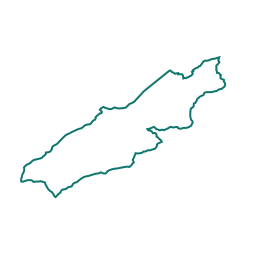 the district of Teresina de Goiás, Goiás, Brazil, rotated 228°
{"feature_id": "56859067B93645483356957", "entity_name": "Teresina de Goiás", "entity_type": "district", "adm_level": 2, "iso_a3": "BRA", "parent_name": "Brazil", "parent_adm1": "Goiás", "projection": "robinson", "projection_center": [-47.245, -13.693], "detail": "fine", "context": "isolated", "style": "outline", "palette": "teal", "viewbox_px": 256, "rotation_deg": 228, "n_neighbors": 0, "source": "geoboundaries", "source_scale": "gbopen_adm2", "svg_char_len": 3466}
<svg xmlns="http://www.w3.org/2000/svg" viewBox="0 0 256 256"><g transform="rotate(228 128 128)"><path d="M142.9,197.0L144.7,164.4L144.4,161.3L143.4,150.5L143.6,148.9L144.0,147.5L144.9,144.9L144.7,142.4L144.7,139.8L145.6,138.5L146.3,137.2L147.4,135.9L148.4,134.5L150.0,133.2L152.4,131.6L152.9,129.4L153.5,127.8L154.7,126.7L156.7,125.5L158.0,124.6L160.0,123.9L160.6,121.7L160.6,120.5L160.3,119.2L158.8,119.5L157.5,119.4L156.8,118.2L157.6,117.0L157.8,114.3L157.8,112.5L157.7,111.0L156.8,110.5L156.3,109.3L156.6,107.9L156.8,106.6L156.6,105.3L156.1,103.5L156.2,102.1L157.1,101.1L158.3,99.2L158.8,97.5L158.8,94.7L159.1,93.0L160.2,90.9L160.7,89.5L161.2,88.0L162.1,85.1L162.7,83.2L163.1,81.2L164.4,77.0L164.1,70.6L164.0,69.1L163.9,67.6L163.7,66.4L163.7,64.5L163.9,63.2L164.7,60.5L164.4,58.6L163.3,57.4L162.6,55.0L162.8,53.4L164.7,50.6L163.7,49.6L163.5,47.6L163.7,45.5L163.5,44.2L164.0,42.5L164.8,41.1L167.2,36.7L167.5,35.1L167.4,32.5L167.5,31.3L167.9,30.0L168.4,28.5L168.5,27.0L168.3,24.4L166.1,22.7L165.2,21.4L164.0,18.2L161.0,13.8L159.6,12.9L158.6,13.7L157.7,15.5L156.6,18.2L154.3,20.9L152.7,21.7L151.2,21.7L149.9,23.6L148.3,25.4L146.8,27.6L143.9,29.3L142.9,29.8L141.4,29.0L136.5,27.8L134.3,27.9L133.2,27.9L131.7,28.5L129.3,28.4L127.8,27.9L126.4,27.7L125.1,28.0L125.3,30.7L125.5,32.3L125.2,34.5L126.0,35.9L126.2,37.8L124.2,41.1L124.1,43.1L123.6,44.8L122.7,46.1L122.4,47.4L123.2,49.6L123.1,51.6L122.0,53.6L121.9,56.1L121.8,58.5L121.4,61.0L121.0,62.7L119.8,65.0L118.7,66.8L115.9,73.0L113.9,75.9L113.2,78.2L111.8,78.8L110.1,79.8L109.3,80.7L109.2,82.1L109.6,83.5L109.2,85.8L108.1,88.2L106.7,90.8L104.7,93.6L102.7,97.1L100.2,101.0L99.5,101.9L98.1,103.0L98.1,105.6L98.5,107.5L98.5,109.2L101.2,110.3L102.2,112.9L104.2,116.8L103.1,117.6L101.7,119.3L100.6,121.0L100.1,122.3L100.1,123.8L99.3,124.7L98.5,126.1L98.2,127.9L96.6,129.5L95.8,131.6L94.6,134.0L94.8,135.9L95.5,137.7L96.4,138.6L96.4,139.8L95.6,142.5L95.2,143.9L96.7,144.3L98.8,144.0L101.0,143.9L102.5,143.4L104.3,145.0L106.0,144.9L107.5,143.0L109.4,143.3L110.7,143.1L111.5,142.4L112.9,141.5L114.2,141.7L113.2,143.3L112.7,144.4L112.1,146.4L111.6,147.9L110.3,148.3L108.4,148.2L106.5,149.4L105.0,150.0L104.5,151.4L103.6,152.5L102.3,153.2L101.9,154.6L100.8,158.1L100.6,159.9L99.6,161.0L98.3,161.7L97.6,162.8L96.9,163.9L95.7,165.4L94.6,165.1L92.8,166.0L91.7,167.5L90.9,169.5L89.3,171.0L88.3,173.0L87.7,174.7L87.5,176.5L88.8,179.7L89.8,180.4L91.6,180.4L93.3,181.0L94.4,181.7L96.1,183.0L98.9,185.8L100.4,187.8L100.0,190.1L100.2,191.2L101.1,192.3L102.2,193.4L101.6,194.8L102.2,196.9L103.3,199.1L103.1,203.0L102.0,206.0L103.1,208.5L101.9,210.6L100.2,212.4L98.6,214.3L97.4,216.8L96.2,218.7L95.7,221.4L95.3,222.5L94.5,223.5L94.2,227.2L95.1,229.3L96.7,230.1L98.4,230.3L99.6,231.5L102.4,230.2L103.6,230.3L105.1,232.4L106.1,232.0L107.3,232.4L108.4,232.1L109.5,231.0L110.5,231.9L112.5,232.7L113.3,233.9L114.3,234.4L115.3,235.5L115.3,237.4L115.8,240.0L117.8,240.3L119.5,243.1L120.0,242.0L121.0,239.9L121.6,238.6L122.8,237.2L123.4,235.6L124.0,234.0L124.8,232.1L126.3,230.6L127.0,228.3L126.5,226.8L126.1,224.8L125.8,223.2L126.4,222.1L126.3,220.5L126.8,219.0L127.2,217.8L127.3,216.5L127.6,214.8L126.5,214.4L126.9,213.1L125.0,212.5L124.6,210.3L125.2,208.5L125.2,207.0L126.1,205.8L126.3,204.2L127.4,203.6L127.8,202.3L129.1,203.2L130.3,204.0L132.0,204.0L132.8,202.9L133.7,202.3L134.4,201.2L135.3,202.0L136.1,200.6L136.8,199.2L138.6,199.0L139.6,198.3L140.7,198.0L142.3,198.0L142.9,197.0Z" fill="none" stroke="#0f766e" stroke-width="2"/></g></svg>